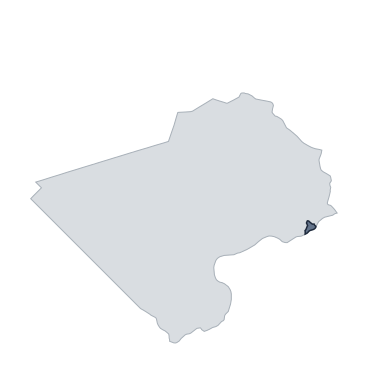 Libya, with Tajura' wa an Nawahi al Arba highlighted, rotated 135°
{"feature_id": "LBY-2978", "entity_name": "Tajura' wa an Nawahi al Arba", "entity_type": "Municipality", "adm_level": 1, "iso_a3": "LBY", "parent_name": "Libya", "parent_adm1": "", "projection": "mercator", "projection_center": [13.403, 32.626], "detail": "fine", "context": "in_parent", "style": "filled", "palette": "slate", "viewbox_px": 384, "rotation_deg": 135, "n_neighbors": 0, "source": "natural_earth", "source_scale": "10m", "svg_char_len": 3520}
<svg xmlns="http://www.w3.org/2000/svg" viewBox="0 0 384 384"><g transform="rotate(135 192 192)"><path d="M73.7,127.7L75.6,126.8L78.2,125.7L79.5,124.9L80.1,124.2L82.0,121.5L83.1,120.0L84.4,117.9L85.1,116.4L85.1,115.1L84.9,113.4L83.8,109.5L82.9,105.7L83.6,104.2L84.1,103.5L85.3,101.7L85.8,101.3L88.4,100.8L89.5,99.6L90.3,98.1L90.5,97.3L91.6,96.5L93.0,95.6L93.8,94.6L96.5,92.9L99.0,91.4L102.0,89.8L104.2,88.5L104.7,87.4L104.6,86.5L103.4,84.4L103.4,81.8L103.5,79.7L103.6,78.5L104.2,75.0L104.2,74.5L106.5,75.7L108.9,76.1L116.1,80.4L118.3,81.0L123.4,81.5L129.2,79.7L131.5,79.4L135.4,81.0L137.1,81.5L139.9,81.6L144.9,83.1L146.1,83.6L149.0,86.0L150.3,86.7L160.5,88.9L161.9,90.4L163.3,93.1L163.4,96.5L164.1,99.0L165.4,102.2L166.9,104.5L168.6,106.4L170.6,107.5L175.0,109.3L180.0,109.9L185.1,110.2L193.8,112.5L201.2,115.3L203.0,116.6L206.7,118.0L214.1,124.4L218.2,126.6L221.0,127.1L223.6,126.7L228.2,124.5L230.1,123.1L234.7,117.6L236.2,114.6L236.8,112.6L236.6,110.5L236.1,108.6L234.8,106.6L233.9,104.0L233.3,99.3L234.1,96.0L234.9,94.1L236.3,92.1L240.2,88.2L244.0,85.5L250.8,81.9L254.7,81.9L256.3,81.5L259.6,79.0L260.9,78.9L262.7,79.5L268.0,79.3L270.4,80.0L273.2,81.6L276.7,82.6L279.2,83.5L281.9,84.8L282.5,87.9L282.2,88.8L282.1,90.0L284.9,92.1L292.7,93.1L294.2,93.7L296.4,95.3L297.8,95.8L303.2,96.1L306.3,95.7L309.3,96.3L310.4,96.9L311.5,98.1L312.9,101.2L313.4,102.2L312.9,102.7L312.0,103.8L311.5,104.8L310.1,106.3L308.9,108.0L309.0,110.4L309.3,112.9L310.1,115.3L310.7,118.0L310.5,119.7L310.0,121.9L309.3,123.7L306.9,127.4L306.6,128.2L306.7,129.5L308.1,133.8L308.2,135.2L309.1,139.4L309.9,142.8L310.7,145.5L310.8,146.2L310.8,150.2L310.8,154.1L310.8,158.0L310.8,161.9L310.8,165.8L310.8,169.7L310.8,173.6L310.8,177.5L310.8,181.4L310.8,185.2L310.8,189.1L310.8,193.0L310.8,196.8L310.8,200.6L310.8,204.5L310.8,208.3L310.8,212.1L310.8,215.9L310.8,219.7L310.8,223.5L310.8,227.3L310.8,231.1L310.8,234.8L310.8,238.6L310.8,242.4L310.8,246.1L310.8,249.9L310.8,253.6L310.8,257.3L310.8,261.1L310.8,264.8L310.8,268.5L310.8,276.7L310.8,284.9L310.8,293.1L310.8,301.3L310.7,301.3L306.9,301.4L303.1,301.4L299.3,301.4L295.5,301.4L295.5,303.4L295.5,305.4L295.5,307.5L295.5,309.5L288.2,305.6L280.8,301.8L273.5,297.9L266.1,294.1L258.8,290.2L251.4,286.3L244.1,282.4L236.7,278.5L229.4,274.6L222.0,270.7L214.7,266.8L207.3,262.9L200.0,259.0L192.7,255.0L185.3,251.1L178.0,247.1L172.9,244.4L167.4,247.1L163.1,249.2L157.5,251.9L151.0,255.5L146.0,258.2L145.8,258.2L145.5,258.1L140.4,253.5L136.3,249.9L134.5,248.8L126.9,247.0L119.3,245.1L111.3,243.2L109.9,240.2L108.2,236.9L106.0,232.8L104.7,230.2L104.2,229.8L98.1,227.8L91.7,225.9L87.9,227.1L87.2,227.0L86.1,226.2L85.1,225.2L84.5,223.7L83.0,221.8L81.6,217.4L81.4,213.9L81.1,212.6L77.8,207.7L74.7,203.2L72.7,200.1L72.3,198.8L72.5,197.1L73.3,195.6L76.3,193.8L79.0,191.8L79.3,190.5L79.5,186.8L78.6,185.6L78.0,183.4L77.3,180.4L77.3,178.4L78.5,174.6L79.8,170.6L79.0,166.1L78.3,157.1L78.7,150.0L78.4,147.4L78.1,146.3L77.2,142.9L76.1,139.4L75.6,138.2L74.2,135.4L71.8,131.9L70.6,129.8L72.3,128.6L73.7,127.7Z" fill="#d9dde1" stroke="#a8b0b8" stroke-width="1"/><path d="M128.7,80.1L128.9,80.0L129.4,79.6L129.7,79.4L130.0,79.4L131.1,79.3L132.5,79.6L132.9,79.8L135.9,81.4L136.6,81.6L139.2,81.5L139.9,81.6L141.2,82.0L141.8,82.2L140.8,83.1L139.6,84.4L139.5,84.7L138.2,84.9L137.9,84.9L135.9,85.8L135.2,86.1L134.1,86.4L133.3,88.1L133.0,89.1L132.5,89.4L130.8,90.0L130.0,89.0L130.0,87.7L129.8,85.7L129.6,84.2L128.3,82.9L128.8,81.8L128.7,80.3L128.7,80.2L128.7,80.1Z" fill="#64748b" stroke="#1e293b" stroke-width="1.5"/></g></svg>